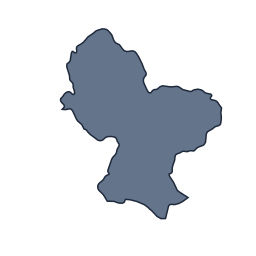 an SVG outline of Gifu, rotated 301°
{"feature_id": "JPN-1841", "entity_name": "Gifu", "entity_type": "Prefecture", "adm_level": 1, "iso_a3": "JPN", "parent_name": "Japan", "parent_adm1": "", "projection": "natural_earth1", "projection_center": [137.038, 35.796], "detail": "fine", "context": "isolated", "style": "filled", "palette": "slate", "viewbox_px": 256, "rotation_deg": 301, "n_neighbors": 0, "source": "natural_earth", "source_scale": "10m", "svg_char_len": 3081}
<svg xmlns="http://www.w3.org/2000/svg" viewBox="0 0 256 256"><g transform="rotate(301 128 128)"><path d="M164.0,40.7L165.0,40.9L165.3,41.7L165.1,42.7L165.0,43.5L165.2,44.3L166.0,44.8L167.4,44.5L168.6,43.7L169.6,42.8L171.0,42.3L172.7,42.7L176.0,44.6L178.8,45.7L185.6,46.8L190.8,49.2L195.0,50.7L199.6,54.7L200.7,56.8L201.4,58.9L201.2,60.9L200.0,64.8L199.4,66.2L198.5,67.4L195.8,70.7L194.8,72.8L194.7,74.4L194.7,75.6L195.0,77.4L194.6,78.8L193.0,82.4L192.3,85.1L192.9,87.5L194.3,89.5L195.8,91.1L196.9,93.2L196.9,95.0L196.4,96.6L194.4,100.6L190.2,107.1L186.4,111.9L185.3,114.0L184.1,115.5L182.6,116.2L180.4,115.9L178.6,115.9L176.6,116.7L174.8,118.3L170.8,124.1L169.1,127.2L169.4,128.7L170.2,129.5L172.8,129.8L174.1,130.4L175.0,131.4L175.7,132.5L176.9,133.3L179.9,134.2L181.1,135.1L182.1,136.2L185.1,143.1L186.1,144.8L188.5,147.8L189.3,149.4L189.4,151.0L189.2,155.3L191.2,162.1L191.6,162.8L191.8,163.2L192.4,163.7L194.7,164.9L197.3,167.9L198.4,171.3L198.4,173.5L197.9,175.7L198.2,177.4L199.6,181.4L199.4,182.6L198.7,183.2L196.4,183.0L195.6,183.4L195.1,184.4L196.3,187.9L196.6,190.1L196.0,192.1L195.1,193.7L193.4,197.8L188.2,200.1L187.2,201.1L184.6,202.9L179.8,205.1L178.2,205.2L176.6,204.4L174.2,202.2L172.7,201.5L170.5,200.7L166.0,198.2L164.5,198.0L162.8,198.4L155.9,201.7L153.8,201.8L152.6,201.6L151.6,201.1L148.1,198.3L146.8,197.6L145.5,197.1L143.7,196.8L142.9,196.6L142.0,195.9L140.8,193.3L139.9,192.4L138.9,191.6L138.3,191.0L137.9,190.4L137.2,188.7L136.7,187.5L135.8,186.6L133.6,185.4L130.7,183.1L129.4,182.7L127.9,183.0L127.2,183.2L124.7,184.5L118.2,185.9L116.0,186.8L113.6,188.3L112.6,188.5L111.8,188.4L110.4,187.6L109.8,186.9L108.7,187.6L107.9,188.7L104.9,195.0L100.0,202.3L99.6,205.1L99.3,215.3L93.3,212.8L89.7,210.6L86.9,208.0L85.9,206.6L84.8,204.2L83.7,203.3L82.2,202.9L69.7,206.8L67.3,203.0L67.2,198.4L69.2,191.4L69.7,188.1L70.2,186.3L70.7,181.5L69.6,173.6L67.7,167.1L66.5,164.5L65.6,162.8L64.3,162.5L63.3,163.0L62.0,162.9L60.5,161.7L59.0,158.8L58.4,156.6L58.0,154.0L54.6,147.9L58.1,141.3L59.7,134.8L60.7,133.4L61.8,132.5L63.2,131.8L64.7,131.6L66.2,131.9L69.9,133.2L71.6,133.5L73.2,133.4L74.6,133.5L75.9,133.8L78.2,135.4L79.0,135.5L79.6,134.3L80.2,133.2L81.6,132.5L92.8,130.1L95.2,130.1L98.8,130.9L100.8,130.8L103.3,129.9L105.1,129.6L108.4,129.5L109.6,128.6L111.1,125.6L112.5,124.1L113.3,122.6L113.2,120.7L112.2,118.2L110.7,115.8L109.3,114.3L108.0,113.5L105.2,112.7L104.0,112.1L103.1,111.1L102.4,109.9L102.1,108.3L102.2,106.7L102.5,104.4L103.0,98.9L103.9,95.6L104.6,94.0L104.9,92.8L104.5,90.8L107.1,86.7L108.1,81.2L109.0,79.3L114.3,71.5L114.8,69.5L114.4,68.0L112.1,65.6L111.3,64.5L110.1,62.0L112.7,62.5L113.6,62.4L114.6,61.6L115.1,60.5L115.4,58.9L116.1,57.1L117.0,55.9L118.4,55.2L121.7,55.9L123.6,55.9L126.1,56.5L127.6,57.4L128.5,58.4L128.9,59.4L128.9,60.5L128.3,63.0L128.7,64.1L129.9,64.5L132.0,63.1L134.3,60.4L135.0,59.8L136.2,59.1L137.3,58.3L138.2,56.9L138.6,55.5L138.9,54.2L139.4,53.3L140.2,52.6L141.6,51.7L143.2,50.4L148.6,44.3L150.1,43.3L151.7,42.7L153.3,43.4L154.5,43.7L155.9,43.8L162.7,41.0L164.0,40.7Z" fill="#64748b" stroke="#1e293b" stroke-width="1.5"/></g></svg>